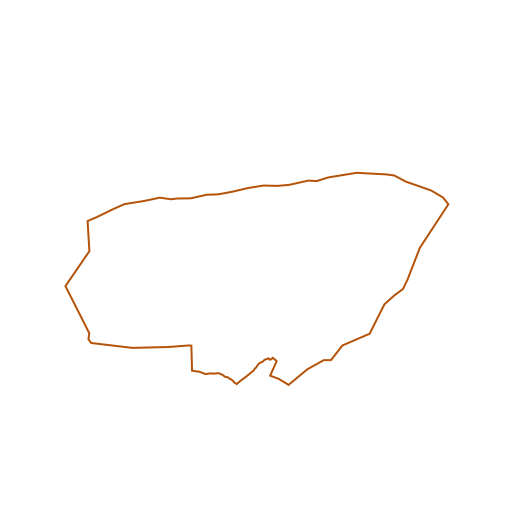 Emure, Ekiti, Nigeria (Robinson projection), rotated 232°
{"feature_id": "59680162B54887547034560", "entity_name": "Emure", "entity_type": "district", "adm_level": 2, "iso_a3": "NGA", "parent_name": "Nigeria", "parent_adm1": "Ekiti", "projection": "robinson", "projection_center": [5.496, 7.408], "detail": "fine", "context": "isolated", "style": "outline", "palette": "amber", "viewbox_px": 512, "rotation_deg": 232, "n_neighbors": 0, "source": "geoboundaries", "source_scale": "gbopen_adm2", "svg_char_len": 1349}
<svg xmlns="http://www.w3.org/2000/svg" viewBox="0 0 512 512"><g transform="rotate(232 256 256)"><path d="M288.9,72.6L259.8,101.9L238.6,130.4L226.8,148.1L225.2,149.9L205.0,135.0L199.5,140.2L193.9,143.6L191.8,147.5L189.0,150.7L187.2,153.7L185.4,155.3L184.0,155.8L182.6,156.6L180.8,157.0L179.5,157.5L178.3,158.7L177.0,159.4L175.8,159.5L174.3,160.3L172.3,160.9L169.3,161.1L167.4,161.9L166.9,162.0L167.2,165.6L167.0,175.0L167.3,183.8L167.9,185.6L168.1,186.4L168.0,187.2L168.5,188.9L169.2,190.9L169.4,192.5L168.7,196.5L168.9,198.6L168.6,200.0L168.1,201.3L167.7,202.8L165.7,203.1L165.4,203.9L165.4,205.1L165.4,205.8L165.5,206.5L164.7,206.7L163.7,206.9L162.9,207.1L161.1,207.5L160.5,207.5L160.2,207.1L153.0,193.5L144.9,198.4L134.4,202.3L135.1,226.8L132.2,245.3L127.8,251.0L132.3,269.0L124.8,297.7L138.9,327.5L139.8,341.0L139.5,351.4L144.0,360.7L161.6,390.2L178.3,439.4L186.9,439.4L199.5,434.5L212.1,426.5L221.9,420.1L234.2,414.6L240.1,408.9L259.6,386.5L266.6,373.8L273.5,361.1L277.7,349.9L283.3,343.5L291.6,326.0L298.1,316.0L306.9,305.3L314.0,292.4L314.4,291.7L321.1,277.2L325.9,267.9L328.0,264.0L329.2,262.3L334.6,254.9L341.7,240.0L350.1,228.9L352.9,224.1L361.2,216.1L368.2,201.8L375.6,188.4L377.9,184.2L380.7,173.1L384.8,154.0L387.2,144.8L362.4,127.7L349.6,87.3L297.9,77.1L293.5,72.7L288.9,72.6Z" fill="none" stroke="#b45309" stroke-width="2"/></g></svg>